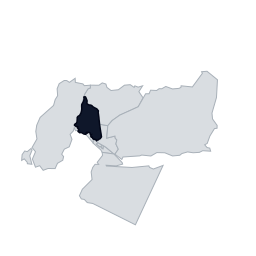 Syria and the surrounding countries, rotated 295°
{"feature_id": "SYR", "entity_name": "Syria", "entity_type": "country or territory", "adm_level": 0, "iso_a3": "SYR", "parent_name": "Asia", "parent_adm1": "", "projection": "natural_earth1", "projection_center": [38.0, 34.807], "detail": "fine", "context": "with_neighbors", "style": "filled", "palette": "ink", "viewbox_px": 256, "rotation_deg": 295, "n_neighbors": 8, "source": "natural_earth", "source_scale": "50m", "svg_char_len": 4980}
<svg xmlns="http://www.w3.org/2000/svg" viewBox="0 0 256 256"><g transform="rotate(295 128 128)"><path d="M103.5,101.3L102.0,107.2L100.1,106.2L98.9,110.6L100.3,111.4L98.9,112.3L98.6,114.0L101.2,113.1L101.3,115.7L98.5,126.2L95.0,114.9L96.6,112.7L99.6,102.6L103.5,101.3Z" fill="#d9dde1" stroke="#a8b0b8" stroke-width="1"/><path d="M103.5,101.3L99.8,102.6L104.5,92.3L106.9,92.7L107.8,95.3L104.8,97.7L103.5,101.3Z" fill="#d9dde1" stroke="#a8b0b8" stroke-width="1"/><path d="M101.2,113.1L98.6,114.0L98.9,112.3L100.3,111.4L98.9,110.6L100.1,106.2L102.0,107.2L101.2,113.1Z" fill="#d9dde1" stroke="#a8b0b8" stroke-width="1"/><path d="M102.0,107.2L102.9,105.1L108.9,107.7L119.4,100.7L121.6,108.7L109.8,113.0L115.2,119.6L113.4,120.7L112.5,122.9L108.4,123.8L104.7,128.2L98.7,127.2L98.5,126.2L101.3,115.7L102.0,107.2Z" fill="#d9dde1" stroke="#a8b0b8" stroke-width="1"/><path d="M121.6,108.7L119.4,100.7L131.2,93.8L133.1,85.9L132.6,81.1L135.5,79.5L138.1,75.4L140.4,74.4L146.5,75.2L148.4,76.9L150.9,75.8L154.5,83.6L158.0,85.6L158.5,89.4L155.9,91.7L154.8,96.8L158.6,103.1L165.3,106.7L168.2,111.7L167.4,116.4L169.1,116.4L169.3,119.9L172.4,123.4L165.5,122.5L161.7,128.9L151.6,128.3L136.2,115.1L128.1,110.5L121.6,108.7Z" fill="#d9dde1" stroke="#a8b0b8" stroke-width="1"/><path d="M150.9,75.8L148.4,76.9L146.5,75.2L140.4,74.4L129.3,76.3L123.2,78.7L118.9,78.8L116.1,77.5L110.2,79.4L108.5,78.1L108.2,81.7L105.4,84.6L103.4,81.6L105.5,79.2L102.2,79.7L97.8,78.2L94.1,82.0L86.1,82.7L81.9,79.2L76.2,79.0L74.9,81.7L71.2,82.5L66.2,79.0L60.4,79.1L57.5,72.6L53.8,69.0L56.5,63.9L53.4,60.7L59.4,54.5L67.4,54.2L69.8,49.3L79.6,50.1L85.9,45.9L92.0,44.1L100.5,43.9L117.0,51.0L123.0,50.0L127.5,50.6L133.6,47.2L139.1,46.9L144.1,50.1L145.1,52.4L144.6,55.6L150.7,59.1L147.1,61.0L148.9,68.5L147.9,70.5L150.9,75.8ZM53.7,45.3L59.1,43.3L63.5,44.1L64.0,46.7L68.5,48.8L67.5,50.4L61.3,50.7L54.5,56.2L53.1,51.9L54.4,51.1L56.2,47.0L53.7,45.3Z" fill="#d9dde1" stroke="#a8b0b8" stroke-width="1"/><path d="M98.7,127.2L104.7,128.2L108.4,123.8L112.5,122.9L113.4,120.7L115.2,119.6L109.8,113.0L121.6,108.7L128.1,110.5L136.2,115.1L151.6,128.3L166.5,129.5L167.9,132.6L171.8,132.5L174.1,138.1L176.8,139.6L177.8,142.0L181.6,144.7L182.2,151.8L185.5,157.5L187.2,158.8L188.7,158.3L192.4,169.0L209.0,172.3L210.1,170.9L212.8,175.6L209.5,188.7L193.0,195.3L177.0,197.8L171.9,200.8L168.0,207.7L165.4,208.8L164.0,206.6L155.4,205.6L147.5,206.3L145.2,204.6L143.7,207.9L144.3,210.6L141.9,212.7L139.0,205.3L136.1,203.0L133.1,197.5L131.5,192.1L127.6,187.6L125.2,186.5L121.5,180.2L121.1,171.8L117.9,164.5L112.3,160.6L109.3,151.9L107.7,150.4L99.6,135.7L96.9,135.7L98.7,127.2Z" fill="#d9dde1" stroke="#a8b0b8" stroke-width="1"/><path d="M108.9,175.6L43.4,175.6L44.7,127.9L43.2,122.6L44.8,118.6L44.0,115.7L46.1,112.6L53.2,112.5L66.1,117.2L72.6,113.2L77.4,112.7L81.2,113.5L82.6,116.8L83.9,114.6L92.4,116.5L95.0,114.9L98.5,126.2L94.2,137.3L93.0,138.4L88.7,133.3L85.0,123.9L84.4,124.5L93.9,148.3L102.5,162.9L101.4,164.1L101.5,168.3L108.9,175.6Z" fill="#d9dde1" stroke="#a8b0b8" stroke-width="1"/><path d="M104.0,84.0L104.4,84.0L105.2,84.5L105.4,84.5L105.6,83.9L105.9,83.6L106.4,83.4L106.6,82.3L106.8,82.1L107.1,82.0L107.6,82.0L108.0,81.9L108.0,81.7L107.4,80.4L107.5,80.1L107.8,78.8L107.9,78.3L108.1,78.2L108.7,78.2L109.6,78.5L109.8,78.8L110.2,79.2L110.9,79.1L111.6,79.2L112.2,79.2L112.7,79.0L113.7,78.6L114.2,78.4L114.7,78.2L116.2,77.5L116.8,77.6L117.2,77.7L117.5,77.8L118.2,78.3L118.8,78.7L119.2,78.9L120.0,78.9L121.0,79.0L122.4,79.0L123.1,78.8L124.1,78.6L125.8,78.0L128.1,76.8L129.5,76.2L130.0,76.2L130.8,76.2L131.6,76.3L132.4,76.4L132.8,76.4L133.7,76.3L134.9,76.1L135.7,75.9L136.6,75.5L137.2,75.0L137.3,74.9L137.6,75.0L137.9,75.4L138.2,76.2L138.2,76.3L138.1,76.5L137.6,77.1L136.8,78.0L136.2,78.6L135.2,79.5L134.5,79.7L133.3,80.1L132.9,80.4L132.6,80.9L132.5,81.7L132.4,82.1L132.4,83.0L132.7,83.8L133.0,84.7L133.0,85.3L133.0,85.8L132.7,86.4L132.4,87.2L132.3,88.1L132.2,89.8L132.2,91.3L132.2,91.5L131.7,92.6L131.1,93.8L130.8,94.0L129.5,94.4L128.1,95.3L126.5,96.3L125.1,97.2L123.5,98.1L122.0,99.1L120.8,99.8L119.3,100.7L117.9,101.6L116.5,102.5L115.5,103.2L113.9,104.3L112.9,104.9L111.5,105.9L110.3,106.7L108.8,107.7L107.0,107.4L106.4,107.2L106.0,106.7L105.6,106.5L104.8,106.2L104.2,105.4L103.9,105.1L103.3,104.9L103.6,104.4L103.6,104.0L103.9,103.5L103.7,103.2L103.6,102.6L103.5,102.3L103.6,102.1L103.5,101.9L103.4,101.8L103.4,101.5L103.3,101.3L103.4,101.0L103.5,100.8L103.6,100.4L103.8,100.3L104.0,100.1L104.1,99.9L104.3,99.6L104.6,99.5L104.7,99.3L104.6,99.2L104.3,99.1L104.2,98.8L104.3,98.3L104.4,98.2L104.6,98.0L105.0,97.7L105.3,97.6L105.6,97.6L106.0,97.7L106.4,97.7L106.0,97.3L106.0,97.1L106.1,96.9L106.4,96.5L106.8,96.3L106.9,96.2L107.4,95.7L107.6,95.1L107.2,93.7L106.9,93.5L106.5,93.3L106.3,93.3L106.3,93.2L106.6,92.9L106.8,92.6L106.6,92.3L106.1,92.1L105.9,92.4L105.3,92.5L104.4,92.4L104.0,91.0L103.9,90.3L104.0,89.6L104.2,88.5L104.1,88.0L104.1,87.7L104.0,87.2L103.3,86.3L103.7,84.4L104.0,84.0Z" fill="#0f172a" stroke="#020617" stroke-width="1.5"/></g></svg>